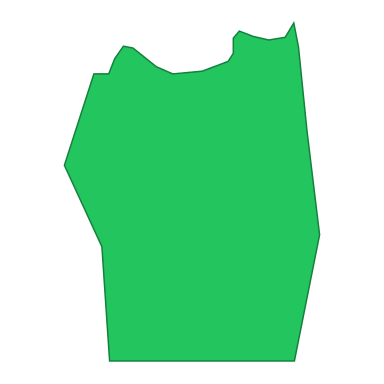 Morne Rouge/Marc, Castries, Saint Lucia (orthographic projection)
{"feature_id": "8701671B11332589204327", "entity_name": "Morne Rouge/Marc", "entity_type": "district", "adm_level": 2, "iso_a3": "LCA", "parent_name": "Saint Lucia", "parent_adm1": "Castries", "projection": "orthographic", "projection_center": [-60.97, 13.959], "detail": "fine", "context": "isolated", "style": "filled", "palette": "green", "viewbox_px": 384, "rotation_deg": 0, "n_neighbors": 0, "source": "geoboundaries", "source_scale": "gbopen_adm2", "svg_char_len": 401}
<svg xmlns="http://www.w3.org/2000/svg" viewBox="0 0 384 384"><path d="M294.4,361.0L319.6,234.8L306.9,130.0L298.5,47.1L293.8,23.0L285.2,37.3L268.7,40.0L253.2,36.4L239.3,31.1L233.3,38.2L233.3,53.4L228.1,61.4L202.1,71.2L172.7,73.9L156.3,66.7L132.9,48.0L123.4,46.2L114.7,58.7L108.7,73.9L93.9,73.9L64.4,165.3L101.9,246.7L109.6,361.0L294.4,361.0Z" fill="#22c55e" stroke="#15803d" stroke-width="1.5"/></svg>